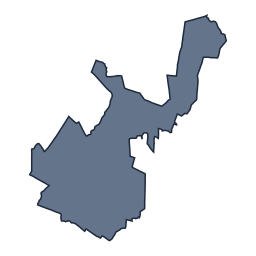 the district of Rongai, Rift Valley, Kenya
{"feature_id": "3690345B22198050855445", "entity_name": "Rongai", "entity_type": "district", "adm_level": 2, "iso_a3": "KEN", "parent_name": "Kenya", "parent_adm1": "Rift Valley", "projection": "orthographic", "projection_center": [36.019, -0.061], "detail": "fine", "context": "isolated", "style": "filled", "palette": "slate", "viewbox_px": 256, "rotation_deg": 0, "n_neighbors": 0, "source": "geoboundaries", "source_scale": "gbopen_adm2", "svg_char_len": 5721}
<svg xmlns="http://www.w3.org/2000/svg" viewBox="0 0 256 256"><path d="M145.2,181.1L145.1,178.3L145.3,175.2L145.3,174.0L144.0,173.1L142.0,172.2L139.2,170.8L136.2,169.3L133.3,167.9L132.2,166.9L132.7,164.7L133.3,162.8L133.6,161.4L134.1,159.7L134.7,157.8L130.2,156.3L130.0,153.6L129.8,149.2L129.4,143.9L129.2,140.1L129.4,138.7L130.6,138.5L132.6,138.1L134.1,138.3L135.1,138.3L136.4,138.0L137.3,135.9L141.1,135.6L142.1,139.2L142.0,135.5L144.0,132.9L145.1,132.7L146.4,132.9L147.7,133.8L147.9,136.5L147.7,138.1L147.6,139.6L147.4,141.6L147.2,143.7L148.2,144.9L148.9,145.8L149.5,147.0L150.3,148.1L150.9,149.0L152.1,150.4L153.0,151.5L153.7,152.1L153.7,151.0L153.6,150.2L153.8,148.8L153.9,147.4L154.0,145.2L154.2,143.5L154.1,142.5L154.0,140.2L154.2,138.6L154.3,137.2L154.8,136.5L156.1,137.0L157.3,137.8L158.3,138.4L158.5,135.4L158.5,131.7L158.5,128.5L160.0,128.9L161.8,129.5L162.3,131.0L164.3,130.4L165.8,130.5L167.1,130.8L168.4,131.1L170.1,132.6L171.5,132.4L171.7,130.8L171.5,129.6L172.1,128.3L172.7,127.0L173.2,125.6L173.9,124.0L176.6,124.9L176.5,124.0L175.8,123.2L174.9,122.7L174.6,121.3L177.4,114.0L181.6,116.0L182.5,115.2L183.4,114.5L184.9,113.4L187.0,113.8L189.0,111.0L190.1,109.3L190.7,107.2L191.2,105.1L193.9,102.3L194.9,101.4L196.6,99.8L196.9,95.2L196.9,94.2L197.0,92.6L197.3,90.0L197.5,87.5L197.7,84.9L198.0,82.0L197.9,79.8L197.9,79.2L197.4,76.1L197.8,74.1L198.5,72.3L199.1,70.8L200.0,68.3L200.5,66.5L201.6,63.9L202.4,61.3L202.6,60.1L203.3,57.3L205.4,57.2L208.4,57.2L211.1,57.7L212.8,57.7L214.8,57.7L216.5,58.0L217.6,57.9L218.0,56.8L218.5,55.7L218.9,54.2L219.2,52.7L219.6,50.7L220.0,48.6L223.1,44.7L225.9,41.4L226.2,41.0L226.3,40.7L225.6,38.0L225.3,36.8L224.8,34.6L221.2,33.4L221.2,32.3L220.6,31.1L219.8,29.6L219.6,29.2L219.2,28.8L218.2,28.0L217.9,26.8L217.3,25.7L217.0,24.4L216.5,23.3L215.5,21.9L213.6,21.1L212.3,21.6L211.8,21.7L211.3,21.8L209.9,21.0L209.4,20.4L208.4,19.3L208.4,18.2L207.3,17.9L206.5,16.7L206.9,15.4L205.0,16.3L202.4,17.1L198.7,18.1L196.0,18.9L192.1,20.0L188.2,21.0L185.1,21.9L184.9,23.5L184.5,26.1L184.2,28.5L183.9,30.6L183.5,33.2L183.2,35.4L182.9,36.9L182.8,38.1L182.6,39.8L182.6,40.2L182.2,42.6L181.9,45.3L181.6,47.2L180.4,50.4L179.9,52.0L179.8,52.3L179.7,52.8L179.3,54.9L178.9,57.2L178.5,59.7L178.1,62.2L177.5,64.3L177.4,67.4L177.1,69.5L176.9,71.7L176.6,73.8L176.4,76.1L173.1,75.8L169.7,75.5L167.1,75.2L167.4,77.8L167.7,79.5L167.8,81.0L168.1,82.9L168.3,84.5L168.5,86.1L168.6,86.7L169.0,89.0L169.3,91.7L169.6,94.3L169.8,96.6L170.2,99.0L168.1,100.5L166.0,102.9L163.7,104.7L161.7,106.2L159.2,105.3L156.4,104.3L155.6,104.3L154.9,103.7L152.2,102.9L148.3,101.0L147.0,100.6L145.3,100.0L144.4,99.5L143.7,98.6L143.5,98.4L142.9,97.5L141.7,95.7L140.8,94.7L139.9,93.1L137.2,92.5L134.5,91.6L132.7,91.0L131.4,90.6L129.5,90.0L126.9,89.1L124.8,88.2L124.0,86.2L123.7,84.5L123.4,83.3L123.1,82.0L123.0,81.6L122.5,79.7L122.1,77.8L121.7,76.1L120.4,75.7L117.1,75.7L114.4,76.3L110.4,76.7L106.8,76.6L106.2,75.4L106.0,73.5L106.8,71.8L106.3,70.3L106.1,69.0L106.7,67.9L105.8,67.2L105.4,66.2L104.9,65.2L104.8,64.0L103.5,63.4L103.0,62.7L102.4,62.2L100.0,61.8L96.1,60.3L95.0,63.1L93.9,65.9L92.8,68.7L91.6,71.6L91.4,72.1L94.0,74.3L95.2,75.6L96.6,77.1L99.0,79.8L101.5,82.6L104.2,85.6L106.5,88.2L109.7,91.2L110.4,91.6L111.0,92.2L111.4,93.0L111.6,93.4L112.1,94.4L112.2,94.7L112.2,95.7L112.1,96.1L112.1,96.6L112.0,97.5L111.4,98.4L110.9,99.8L110.3,101.2L110.2,102.8L109.8,104.7L109.3,106.2L108.7,107.5L107.8,108.7L106.7,109.9L105.7,111.4L104.8,112.2L104.7,113.2L104.7,113.8L104.6,114.6L104.3,115.1L103.9,115.5L103.1,116.4L102.7,116.8L102.3,117.3L102.1,117.8L101.7,118.6L101.3,119.4L100.8,120.7L100.2,122.1L99.3,123.9L97.6,125.0L96.0,125.9L94.7,127.1L94.7,128.4L94.2,129.3L93.5,130.1L92.2,130.3L90.9,131.4L90.8,132.0L91.0,133.2L90.8,134.3L89.7,134.5L88.6,134.7L87.7,135.5L86.6,136.1L85.0,134.3L83.3,130.9L82.3,129.0L80.8,125.9L79.9,124.2L78.8,122.0L76.3,123.3L75.1,122.4L73.9,121.2L72.7,120.3L71.8,119.3L70.6,118.3L69.7,117.4L68.8,116.4L66.8,119.7L63.8,124.5L60.6,129.4L57.6,134.2L55.9,136.8L54.5,138.7L51.6,142.9L48.4,147.4L44.5,151.6L44.0,151.3L43.5,150.0L42.2,147.9L41.2,146.4L40.2,145.4L39.8,144.5L39.2,143.9L38.9,143.7L38.5,143.5L37.4,143.8L35.4,145.7L34.0,148.7L31.7,149.1L31.7,151.9L31.8,153.3L31.7,156.7L31.7,161.4L31.7,166.1L31.7,171.0L29.7,174.7L32.8,176.2L38.1,179.3L41.0,180.9L44.8,183.0L49.1,185.6L48.1,186.6L46.9,187.5L45.8,188.6L44.8,189.6L44.1,190.6L42.9,191.3L42.6,191.5L42.1,191.8L41.2,192.5L41.0,193.9L41.4,194.4L41.5,196.1L41.2,197.4L40.7,199.0L39.2,200.5L38.8,201.8L38.1,202.9L37.7,204.0L37.7,204.9L42.8,206.9L44.2,207.4L45.7,208.0L49.6,209.4L50.6,209.7L51.6,210.2L53.5,210.9L54.9,211.5L56.1,212.0L59.5,213.2L60.6,213.7L61.3,215.4L60.9,216.9L60.9,218.0L61.0,218.5L61.2,219.4L61.2,219.8L61.5,221.0L63.4,221.0L64.5,221.1L65.7,221.7L66.3,221.5L66.9,221.3L67.6,221.0L68.9,220.8L70.1,221.4L71.3,222.8L73.0,222.9L75.1,223.5L76.8,224.8L79.7,227.0L81.1,228.3L81.8,228.9L82.6,229.5L83.2,230.1L84.7,231.3L85.5,230.0L86.0,228.9L89.2,231.1L92.9,233.7L96.8,236.4L98.2,236.7L99.2,237.4L100.3,238.1L101.4,237.0L102.1,236.0L103.1,236.2L106.9,238.9L107.6,239.5L108.8,240.3L109.6,240.6L111.0,239.7L112.3,238.5L112.8,237.5L113.2,236.7L113.8,236.0L114.4,235.2L114.8,234.5L115.2,233.4L115.6,232.7L116.1,231.9L117.3,231.4L118.5,230.5L119.9,229.8L120.8,228.9L121.3,228.6L123.0,228.2L125.3,228.1L125.7,227.2L126.4,219.6L130.2,220.6L132.2,221.0L132.1,220.6L131.5,219.2L132.6,218.5L134.0,218.1L135.8,218.7L137.1,218.2L137.4,218.1L138.0,217.8L138.4,217.0L139.4,217.7L139.5,217.4L139.9,216.3L140.2,214.2L140.2,212.7L140.1,211.8L141.5,210.8L143.8,209.2L144.3,208.9L144.6,208.8L144.6,207.8L144.7,206.5L144.7,204.3L144.7,201.5L144.8,199.4L144.9,195.7L144.9,194.3L145.0,191.6L145.2,181.1Z" fill="#64748b" stroke="#1e293b" stroke-width="1.5"/></svg>